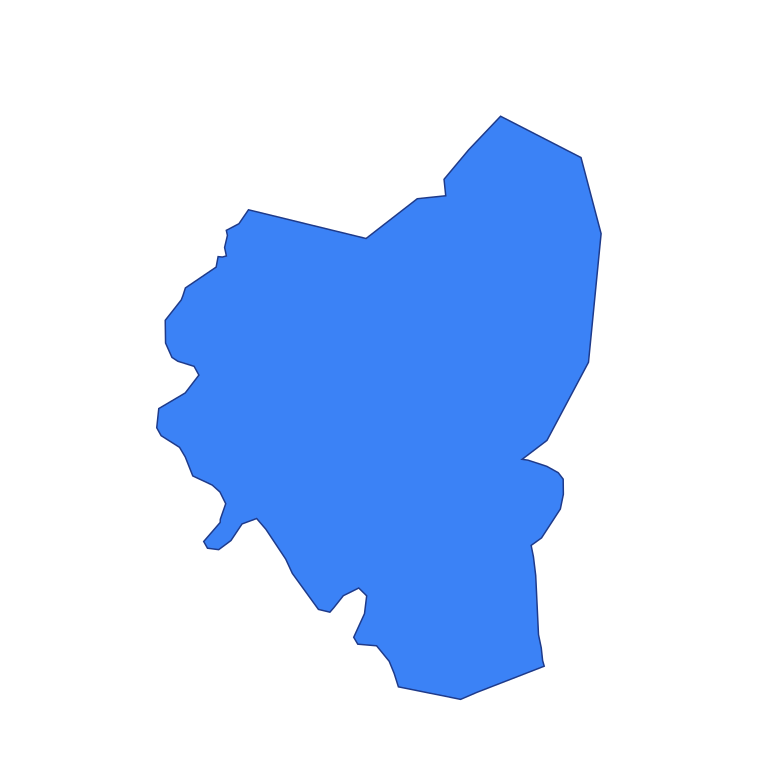 the district of Sinja, Sennar, Sudan, rotated 195°
{"feature_id": "16777658B54691568406545", "entity_name": "Sinja", "entity_type": "district", "adm_level": 2, "iso_a3": "SDN", "parent_name": "Sudan", "parent_adm1": "Sennar", "projection": "mercator", "projection_center": [33.787, 13.125], "detail": "fine", "context": "isolated", "style": "filled", "palette": "blue", "viewbox_px": 768, "rotation_deg": 195, "n_neighbors": 0, "source": "geoboundaries", "source_scale": "gbopen_adm2", "svg_char_len": 1129}
<svg xmlns="http://www.w3.org/2000/svg" viewBox="0 0 768 768"><g transform="rotate(195 384 384)"><path d="M577.2,464.1L576.4,453.5L600.7,425.4L601.1,417.2L601.6,412.7L611.8,388.9L605.6,367.0L595.7,354.8L589.0,352.6L572.0,351.9L565.1,344.7L573.7,323.9L595.2,302.0L592.2,282.9L585.9,276.4L565.1,269.9L557.1,262.1L544.9,245.7L523.7,241.9L514.5,237.2L505.9,227.4L507.1,211.0L506.4,207.9L517.4,185.2L512.0,179.7L500.8,181.2L491.3,193.2L484.9,212.1L472.2,221.1L460.5,213.1L433.6,189.4L423.5,177.3L389.0,149.3L377.2,149.6L374.6,154.9L368.5,169.0L355.6,180.4L345.9,174.9L343.4,157.1L347.7,131.5L342.0,125.9L323.4,129.2L307.2,117.5L299.3,107.1L291.7,95.2L228.4,99.2L214.6,110.1L156.2,152.9L159.2,157.9L163.8,169.8L169.9,181.9L187.9,238.3L194.9,255.7L200.1,266.2L192.0,276.1L181.3,308.9L182.2,323.9L186.3,338.5L192.7,343.4L205.4,346.6L225.3,347.7L231.1,347.0L212.0,371.7L192.1,457.9L213.2,585.4L252.3,653.7L340.7,672.8L362.8,632.2L379.0,597.3L373.1,581.8L399.8,571.6L439.0,519.9L560.0,517.2L565.6,501.3L576.1,491.6L573.7,487.0L573.3,474.6L569.4,466.9L573.0,464.8L577.2,464.1Z" fill="#3b82f6" stroke="#1e3a8a" stroke-width="1.5"/></g></svg>